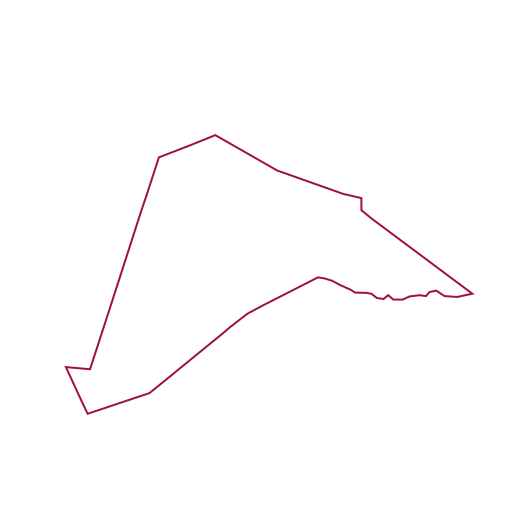 Cachoeirinha, Pernambuco, Brazil (orthographic projection), rotated 260°
{"feature_id": "56859067B81048924714612", "entity_name": "Cachoeirinha", "entity_type": "district", "adm_level": 2, "iso_a3": "BRA", "parent_name": "Brazil", "parent_adm1": "Pernambuco", "projection": "orthographic", "projection_center": [-36.305, -8.498], "detail": "fine", "context": "isolated", "style": "outline", "palette": "rose", "viewbox_px": 512, "rotation_deg": 260, "n_neighbors": 0, "source": "geoboundaries", "source_scale": "gbopen_adm2", "svg_char_len": 738}
<svg xmlns="http://www.w3.org/2000/svg" viewBox="0 0 512 512"><g transform="rotate(260 256 256)"><path d="M382.1,236.9L376.3,209.5L370.0,177.5L332.6,157.6L326.6,154.2L315.4,148.2L291.9,135.8L233.3,104.8L173.3,72.9L179.6,49.5L142.8,59.2L129.9,62.8L139.5,127.3L149.5,145.3L185.4,209.5L190.6,218.4L195.1,226.9L200.8,237.9L203.0,244.7L205.8,253.1L224.2,313.4L221.9,319.8L218.4,326.7L212.6,334.0L206.3,343.4L202.8,347.2L201.7,352.5L200.5,358.3L198.8,363.1L193.7,367.7L191.5,374.1L194.5,379.4L189.3,383.6L187.6,392.8L189.5,400.2L189.0,410.2L187.0,416.4L190.4,420.7L190.6,427.5L183.8,434.7L180.7,447.1L181.3,462.5L272.4,376.7L282.7,367.8L294.7,369.8L302.1,352.5L336.5,291.7L382.1,236.9Z" fill="none" stroke="#9f1239" stroke-width="2"/></g></svg>